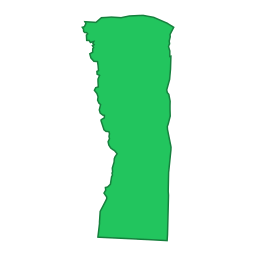 Hatillo, Puerto Rico (orthographic projection)
{"feature_id": "32010507B41053706339825", "entity_name": "Hatillo", "entity_type": "district", "adm_level": 2, "iso_a3": "PRI", "parent_name": "Puerto Rico", "parent_adm1": "", "projection": "orthographic", "projection_center": [-66.807, 18.407], "detail": "fine", "context": "isolated", "style": "filled", "palette": "green", "viewbox_px": 256, "rotation_deg": 0, "n_neighbors": 0, "source": "geoboundaries", "source_scale": "gbopen_adm2", "svg_char_len": 1659}
<svg xmlns="http://www.w3.org/2000/svg" viewBox="0 0 256 256"><path d="M167.5,234.9L168.5,195.2L168.2,191.4L168.6,172.2L168.8,170.7L170.9,150.1L171.0,147.2L170.4,143.9L170.3,143.6L167.5,129.6L167.3,126.4L168.1,124.3L170.2,116.1L170.0,109.5L170.0,105.3L170.1,101.2L168.8,94.4L167.3,92.6L166.7,89.9L169.6,79.4L169.9,75.9L170.5,69.2L170.9,56.2L169.8,56.5L169.8,51.0L168.5,46.6L169.2,44.4L169.6,43.9L169.2,41.1L170.2,36.8L170.0,34.5L173.7,27.3L168.2,23.9L167.4,23.3L153.8,17.4L152.3,17.1L146.4,16.0L143.2,15.4L139.4,15.5L139.0,15.5L129.3,16.0L126.4,16.6L123.4,17.2L121.1,17.7L116.6,17.4L111.4,17.1L106.8,17.4L101.4,17.7L99.9,19.0L96.0,22.4L84.9,21.7L85.9,23.6L84.4,26.7L82.3,27.3L83.5,29.1L83.6,31.1L83.7,31.5L84.8,32.5L86.6,32.6L87.7,33.9L86.4,35.1L86.7,40.4L89.1,40.5L90.4,42.5L93.8,41.5L92.9,43.3L94.1,44.7L92.4,45.5L93.6,47.6L92.7,48.8L92.7,52.2L89.8,53.8L90.9,58.0L93.9,61.3L97.5,61.6L98.1,65.6L98.5,70.6L96.9,71.4L97.1,74.2L99.6,75.4L98.0,79.1L98.0,81.3L98.3,86.9L95.7,87.7L94.4,90.3L96.9,93.5L98.1,96.8L97.6,100.1L98.9,103.1L100.6,104.6L99.3,109.9L100.2,113.0L102.8,115.1L104.4,115.4L104.3,117.9L101.2,119.7L101.0,120.6L104.0,129.8L106.0,131.4L108.9,131.6L109.5,133.8L109.0,136.4L109.5,138.8L108.1,141.7L108.8,145.0L110.7,148.0L113.0,149.7L114.4,150.5L115.4,151.6L117.1,153.8L115.0,156.9L114.3,158.7L114.1,162.1L112.3,168.1L112.6,172.0L112.0,173.1L112.5,175.1L111.6,176.7L110.4,184.3L107.6,187.0L105.4,187.5L105.7,190.2L104.0,193.1L106.7,197.0L106.7,198.8L105.3,201.6L103.4,205.3L100.2,211.4L99.5,221.8L99.5,223.7L97.9,237.1L98.5,237.2L136.7,239.0L137.7,239.1L148.8,239.6L167.1,240.6L167.5,234.9Z" fill="#22c55e" stroke="#15803d" stroke-width="1.5"/></svg>